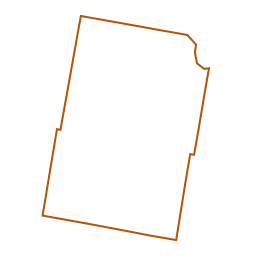 Dane, Wisconsin, United States of America, rotated 100°
{"feature_id": "52423323B17075543389139", "entity_name": "Dane", "entity_type": "district", "adm_level": 2, "iso_a3": "USA", "parent_name": "United States of America", "parent_adm1": "Wisconsin", "projection": "natural_earth1", "projection_center": [-89.414, 43.07], "detail": "fine", "context": "isolated", "style": "outline", "palette": "amber", "viewbox_px": 256, "rotation_deg": 100, "n_neighbors": 0, "source": "geoboundaries", "source_scale": "gbopen_adm2", "svg_char_len": 451}
<svg xmlns="http://www.w3.org/2000/svg" viewBox="0 0 256 256"><g transform="rotate(100 128 128)"><path d="M230.1,88.2L230.0,61.1L171.9,62.0L142.9,62.2L142.9,58.3L113.8,58.3L89.3,58.5L84.5,58.6L55.1,58.6L56.6,63.2L52.3,71.3L41.8,75.3L34.2,75.4L26.1,85.6L26.1,112.8L26.0,126.4L25.9,193.9L141.5,194.2L141.5,197.7L143.0,197.7L170.8,197.5L229.1,196.9L229.2,169.7L229.3,142.3L229.9,97.2L230.1,88.2Z" fill="none" stroke="#b45309" stroke-width="2"/></g></svg>